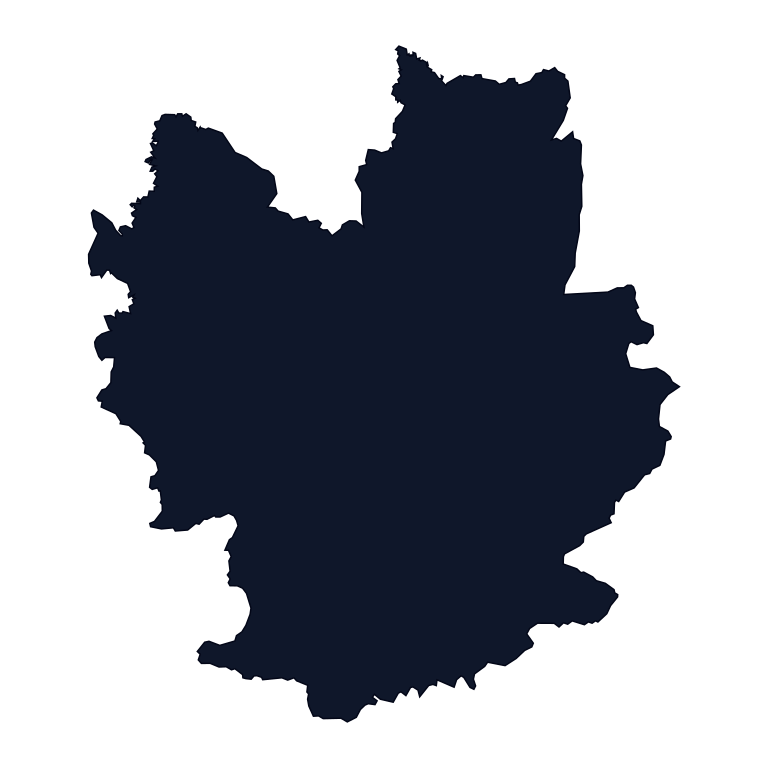 the district of Bhamo, Kachin, Myanmar
{"feature_id": "60261553B27046412343024", "entity_name": "Bhamo", "entity_type": "district", "adm_level": 2, "iso_a3": "MMR", "parent_name": "Myanmar", "parent_adm1": "Kachin", "projection": "orthographic", "projection_center": [97.111, 24.269], "detail": "fine", "context": "isolated", "style": "filled", "palette": "ink", "viewbox_px": 768, "rotation_deg": 0, "n_neighbors": 0, "source": "geoboundaries", "source_scale": "gbopen_adm2", "svg_char_len": 6041}
<svg xmlns="http://www.w3.org/2000/svg" viewBox="0 0 768 768"><path d="M572.6,131.8L561.3,141.1L556.5,138.4L551.4,140.0L563.3,120.4L567.5,108.3L565.6,105.8L570.2,97.9L567.9,81.1L564.6,78.2L564.6,74.7L557.6,71.3L554.7,67.6L548.9,71.0L543.5,69.6L541.8,72.6L536.0,73.7L530.4,81.2L521.4,84.5L518.1,85.1L517.4,82.8L515.3,82.2L514.5,78.5L508.9,78.9L505.9,82.5L499.2,84.3L495.4,81.0L482.0,78.6L480.9,74.8L475.7,74.9L473.4,77.2L463.8,75.6L463.1,77.7L460.4,75.6L447.1,83.3L445.9,85.5L441.6,80.9L443.1,76.7L441.3,75.5L441.7,78.9L438.7,78.5L434.5,72.6L431.1,71.8L431.7,69.7L427.4,67.2L428.2,65.6L427.5,62.8L426.6,64.8L426.3,62.3L422.4,60.1L420.7,61.1L419.6,59.6L418.9,61.0L419.9,58.0L416.7,59.0L415.6,53.4L413.0,52.3L413.1,55.6L410.6,56.0L411.3,55.0L409.1,55.2L409.0,53.8L407.2,54.9L406.3,49.1L398.9,46.1L395.7,49.6L398.2,50.8L397.7,54.0L399.6,55.7L397.1,60.4L400.2,67.9L399.0,68.8L401.4,69.8L398.9,71.4L401.2,76.1L397.9,79.6L399.2,83.5L395.7,83.8L392.8,86.8L393.7,88.6L391.8,94.0L395.8,96.7L395.8,99.9L397.7,100.1L397.7,102.2L400.3,100.3L401.0,102.7L405.1,104.9L402.4,111.4L395.6,118.7L395.2,122.5L393.6,123.4L393.3,132.3L397.3,133.6L395.5,138.8L392.0,142.1L393.2,148.7L390.5,147.7L388.7,150.8L381.5,152.9L374.7,150.1L368.3,149.6L365.7,160.4L366.7,164.6L359.2,166.7L359.2,171.3L355.3,180.1L361.9,192.3L361.7,213.5L363.9,227.1L356.1,221.0L349.4,220.8L342.4,224.9L341.1,228.9L332.0,235.8L327.2,229.8L322.9,230.0L319.0,227.8L321.3,223.3L317.8,220.3L308.9,222.0L305.6,216.6L292.8,219.9L288.0,213.9L278.1,211.1L275.3,207.9L267.4,207.1L276.8,193.6L273.8,176.3L268.3,171.0L261.8,169.0L246.7,157.5L235.1,152.5L222.2,133.1L208.3,128.1L205.8,129.5L200.9,127.8L200.8,128.9L200.2,127.0L197.9,130.5L197.2,127.7L194.9,126.4L195.7,122.0L191.2,120.5L190.8,117.1L186.1,113.8L182.4,116.3L181.8,113.8L177.7,113.8L176.0,116.9L174.7,114.7L165.1,114.4L162.0,115.6L159.8,120.8L155.1,122.0L154.6,124.0L157.3,129.0L152.9,133.8L153.7,135.4L152.2,138.5L154.6,138.7L152.6,141.5L158.2,141.2L158.0,142.4L156.3,145.7L152.4,143.0L150.5,143.5L153.8,150.8L150.7,152.2L155.1,158.0L151.5,156.8L146.0,159.5L145.1,161.6L148.4,163.0L151.0,158.9L152.4,159.2L149.6,164.4L155.7,165.9L151.9,167.1L150.2,171.2L152.8,171.2L155.0,169.0L158.1,170.8L154.7,173.8L156.9,176.6L153.5,183.3L157.7,186.2L154.3,187.2L154.2,191.3L149.2,191.1L147.9,197.0L143.6,196.9L140.3,200.6L137.9,198.2L136.7,201.8L140.5,202.1L140.5,203.7L131.6,203.3L130.2,204.7L132.1,206.8L133.6,205.1L135.0,206.0L134.0,207.8L136.7,209.5L131.5,213.1L132.4,215.7L135.9,217.4L132.1,223.1L134.0,227.5L131.8,228.9L125.6,225.7L120.4,226.9L118.9,230.5L122.3,234.1L122.3,235.8L120.8,235.8L115.7,230.3L111.8,222.8L102.2,214.9L93.5,210.1L91.4,213.0L94.0,227.3L98.1,233.2L88.6,254.3L88.8,263.2L91.5,271.0L90.8,274.3L91.9,275.7L100.2,274.7L101.5,277.6L106.8,270.1L109.5,270.2L110.6,273.5L111.4,272.8L117.4,278.6L127.6,283.4L130.6,291.7L128.2,294.3L128.7,297.7L134.1,294.8L132.8,297.2L135.1,298.2L132.3,299.6L133.9,303.8L129.1,306.6L130.6,313.6L123.0,311.6L121.9,313.2L118.8,313.0L117.2,310.2L115.2,313.0L115.8,318.1L110.7,315.5L104.4,316.2L109.1,328.5L111.5,330.6L101.9,333.9L97.0,337.6L94.7,342.1L95.2,346.7L98.8,356.5L101.9,360.3L105.0,357.5L114.5,357.6L113.7,366.9L111.2,371.9L110.9,382.6L106.0,388.7L101.9,389.9L96.9,397.8L98.4,400.9L102.3,401.2L101.2,407.0L115.9,413.7L120.8,421.5L120.2,423.7L129.0,425.3L141.0,436.3L144.5,442.0L143.1,442.9L145.5,445.3L144.6,452.8L149.4,454.9L156.3,461.8L158.5,470.4L154.9,475.7L151.0,476.8L149.6,487.3L152.2,489.4L157.6,487.8L159.0,491.1L160.3,490.9L161.4,499.9L160.4,502.4L162.2,504.5L162.3,511.2L154.5,521.4L149.8,523.4L150.6,526.7L161.5,528.9L173.4,527.8L175.3,531.0L187.7,530.0L195.8,523.4L199.1,524.2L203.9,519.1L207.0,519.3L214.5,515.5L215.7,517.0L220.1,517.0L228.5,513.1L234.0,515.9L236.6,520.5L238.1,525.8L232.4,537.6L229.4,539.7L224.9,550.2L228.5,550.3L231.2,556.6L228.9,560.9L230.1,571.2L227.4,574.9L230.2,578.9L228.3,582.7L230.0,585.7L237.3,585.8L242.6,588.2L246.5,593.4L251.0,608.1L250.1,614.3L245.9,625.4L241.9,631.9L236.5,635.6L234.9,641.0L219.8,645.4L209.0,641.3L204.7,642.2L197.3,651.5L200.2,654.2L198.3,659.9L201.4,663.4L210.1,663.3L219.0,667.0L226.2,666.7L231.5,669.8L234.9,668.7L242.6,674.6L242.9,677.8L245.8,678.6L251.2,679.2L254.0,675.9L256.9,675.7L261.6,677.3L262.7,679.7L281.9,677.8L287.7,680.1L294.0,677.8L296.6,680.8L307.7,685.3L306.9,692.0L308.6,693.9L307.6,699.2L308.8,706.0L313.4,716.2L318.6,715.9L323.2,718.6L341.0,718.2L347.3,721.9L356.3,717.3L360.4,709.5L365.0,705.1L368.2,703.7L375.0,704.6L377.1,700.8L372.4,697.3L374.4,694.3L380.3,699.2L393.2,702.2L398.3,693.1L401.0,691.8L405.9,695.6L410.5,687.5L412.9,686.9L418.0,690.1L419.7,696.8L428.7,685.5L432.9,684.4L436.3,685.6L437.0,679.8L454.1,687.2L456.6,679.7L461.1,675.8L463.8,677.4L470.0,687.4L473.9,689.3L475.6,685.9L473.4,679.2L474.5,673.9L484.7,666.4L487.6,662.2L505.1,665.6L516.1,658.5L524.7,650.4L531.8,646.9L533.3,643.2L526.7,633.9L529.6,628.5L537.5,623.2L554.2,623.3L559.0,627.0L563.5,622.8L567.7,624.2L572.2,620.9L584.4,624.7L588.4,621.9L592.1,623.2L595.5,620.8L597.9,622.0L606.8,613.7L610.6,605.6L617.6,596.9L617.7,594.6L614.8,592.9L614.0,589.6L605.3,583.3L596.3,580.7L592.7,576.9L583.7,572.1L580.9,572.7L576.9,568.9L563.2,564.0L563.4,556.7L564.5,553.9L579.7,545.6L583.3,542.0L583.8,536.4L586.3,533.9L611.2,522.7L609.1,518.2L610.6,515.1L614.0,513.8L614.5,502.4L615.9,500.1L618.7,501.5L624.6,492.1L634.1,487.9L644.6,474.8L649.7,473.5L652.0,469.1L659.9,465.3L664.0,454.4L665.6,441.0L670.6,439.0L671.2,436.6L667.9,431.1L659.4,426.5L658.5,419.0L660.0,404.6L667.8,394.6L679.4,386.7L672.2,381.9L669.7,377.0L664.3,372.3L656.5,368.0L642.8,369.9L629.9,367.4L625.7,353.7L628.8,343.5L631.1,341.7L637.0,344.6L643.4,342.7L646.9,343.5L653.4,334.8L652.8,325.8L641.0,320.6L636.5,312.2L635.6,309.2L638.4,307.6L634.6,298.9L635.4,292.7L633.5,287.1L631.3,285.3L627.4,285.3L623.8,287.8L617.2,287.9L607.9,292.1L563.7,294.5L565.0,284.9L574.7,266.6L575.2,253.2L579.3,231.0L579.2,214.7L581.8,206.4L581.4,184.3L582.9,175.6L580.6,163.9L581.4,145.0L579.8,140.9L573.6,138.5L572.6,131.8Z" fill="#0f172a" stroke="#020617" stroke-width="1.5"/></svg>